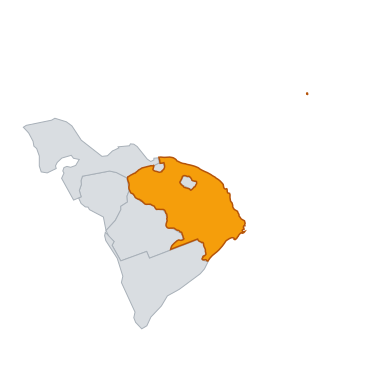 map of South Africa with Lesotho, Zimbabwe, Botswana and 3 others greyed out, rotated 252°
{"feature_id": "ZAF", "entity_name": "South Africa", "entity_type": "country or territory", "adm_level": 0, "iso_a3": "ZAF", "parent_name": "Africa", "parent_adm1": "", "projection": "albers", "projection_center": [25.295, -34.555], "detail": "fine", "context": "with_neighbors", "style": "filled", "palette": "amber", "viewbox_px": 384, "rotation_deg": 252, "n_neighbors": 6, "source": "natural_earth", "source_scale": "50m", "svg_char_len": 7610}
<svg xmlns="http://www.w3.org/2000/svg" viewBox="0 0 384 384"><g transform="rotate(252 192 192)"><path d="M204.5,183.8L209.6,188.8L206.2,195.1L202.4,196.2L201.1,198.7L198.6,199.4L193.7,193.2L201.2,185.3L204.5,183.8Z" fill="#d9dde1" stroke="#a8b0b8" stroke-width="1"/><path d="M225.6,134.4L212.7,132.6L208.1,128.9L202.4,127.5L200.4,119.8L197.2,118.9L188.7,110.3L181.9,98.3L195.6,100.0L206.9,89.0L209.7,88.5L210.8,85.9L215.3,83.0L221.3,82.3L221.7,85.1L228.3,85.3L233.3,89.1L237.0,89.9L240.9,92.7L237.4,120.1L233.9,126.1L225.6,134.4Z" fill="#d9dde1" stroke="#a8b0b8" stroke-width="1"/><path d="M212.7,132.6L202.1,137.9L195.4,143.6L190.7,151.7L186.8,152.3L184.8,158.5L180.2,160.3L174.4,160.0L168.0,156.9L164.5,158.8L162.9,162.6L156.2,168.7L151.2,169.7L149.5,167.0L150.0,162.2L145.4,154.9L143.4,153.9L142.2,131.1L149.5,130.5L148.5,103.0L166.0,99.5L169.0,102.6L173.8,99.5L181.9,98.3L188.7,110.3L197.2,118.9L200.4,119.8L202.4,127.5L208.1,128.9L212.7,132.6Z" fill="#d9dde1" stroke="#a8b0b8" stroke-width="1"/><path d="M142.2,131.1L144.9,182.9L139.0,187.3L135.4,188.1L127.9,186.6L126.5,183.3L123.6,181.4L120.6,185.6L115.0,180.1L111.7,174.6L103.4,149.9L100.8,136.5L93.1,127.7L85.8,114.3L78.7,107.7L77.4,101.9L85.4,98.1L90.4,97.8L95.4,100.7L127.7,96.9L133.3,100.2L152.0,100.4L172.4,95.0L177.4,95.4L180.5,97.1L169.0,102.6L166.0,99.5L148.5,103.0L149.5,130.5L142.2,131.1Z" fill="#d9dde1" stroke="#a8b0b8" stroke-width="1"/><path d="M257.7,54.8L263.9,54.8L273.4,57.9L281.3,57.7L284.5,55.8L289.4,56.5L298.6,54.9L305.7,51.6L306.6,55.0L303.7,80.6L304.5,84.4L297.6,94.2L292.0,98.2L275.5,102.7L253.7,117.4L252.6,122.8L255.6,129.0L256.5,136.0L257.8,135.7L255.3,146.8L256.8,148.3L255.5,151.4L252.2,153.9L237.1,159.6L233.8,162.2L234.2,165.6L235.9,166.2L235.0,170.3L229.7,169.9L228.1,159.9L229.9,151.3L225.6,134.4L233.9,126.1L237.4,120.1L240.9,92.7L237.0,89.9L233.3,89.1L228.3,85.3L221.7,85.1L220.9,76.9L245.3,72.2L249.6,76.1L251.9,75.6L254.8,77.8L255.0,80.9L253.0,84.2L253.2,89.6L257.8,94.8L260.7,89.7L264.2,88.5L264.5,78.7L261.8,73.0L259.1,70.3L256.3,70.1L254.9,60.2L257.7,54.8Z" fill="#d9dde1" stroke="#a8b0b8" stroke-width="1"/><path d="M229.7,169.9L228.0,173.3L223.9,173.9L220.0,169.4L220.1,166.7L222.9,161.6L225.0,161.1L228.5,162.8L229.7,169.9Z" fill="#d9dde1" stroke="#a8b0b8" stroke-width="1"/><path d="M212.1,133.3L214.3,133.0L216.1,133.4L218.2,134.4L220.1,134.7L222.0,134.6L223.5,134.6L224.7,134.8L225.6,135.2L226.2,135.6L226.2,136.1L226.3,136.2L226.5,137.3L227.0,139.0L227.2,140.5L227.6,142.6L227.5,143.7L227.6,144.2L228.0,144.7L228.4,145.7L228.6,146.3L228.7,146.7L229.2,147.5L229.6,148.7L229.8,150.2L230.1,151.0L230.2,151.3L230.3,152.0L230.2,153.4L230.1,155.0L230.0,156.8L229.9,158.3L229.8,159.0L229.7,161.2L229.1,162.3L229.1,163.2L229.2,163.7L229.0,163.8L228.7,163.9L227.1,162.9L225.6,161.8L225.3,161.8L225.0,161.9L224.0,162.5L223.1,163.5L222.7,164.4L222.0,165.4L220.9,166.8L220.8,167.2L220.7,168.4L220.7,169.6L220.8,169.8L221.3,169.8L221.7,170.8L222.5,172.4L223.9,173.5L225.2,174.0L227.1,174.3L228.6,174.3L228.6,173.3L228.9,171.6L229.1,170.5L229.3,170.5L229.7,170.6L229.9,170.7L230.5,170.7L231.6,171.0L232.5,171.1L233.3,171.1L234.6,171.1L235.3,171.2L234.9,173.0L233.7,175.8L233.3,177.0L232.1,181.6L230.9,183.9L230.2,184.9L228.3,186.5L227.8,186.8L227.3,187.0L226.5,187.1L223.3,190.4L222.1,192.0L220.9,194.4L219.9,195.7L218.3,198.5L216.9,200.7L215.6,202.6L213.3,205.3L212.3,206.1L211.7,206.4L209.9,208.0L207.5,210.5L205.6,212.7L202.8,215.3L201.3,216.4L198.9,218.6L198.2,218.9L195.6,221.0L193.7,222.2L190.7,223.6L189.5,224.0L186.6,223.6L185.4,223.8L184.4,224.7L184.4,226.0L183.9,226.2L183.3,226.1L181.3,225.6L180.2,225.7L179.6,226.4L179.1,227.3L177.6,227.3L175.0,226.4L171.8,225.9L171.1,225.9L169.6,226.6L169.1,226.7L166.8,226.6L165.6,226.2L164.4,226.2L163.5,226.6L162.5,226.7L159.6,229.3L158.1,229.3L156.8,229.6L156.1,229.7L154.9,229.4L154.5,229.4L153.8,229.6L153.1,230.0L151.5,230.3L150.9,230.7L148.4,233.0L147.8,233.0L147.3,232.9L145.9,232.9L144.3,231.8L143.7,231.9L143.8,231.6L143.9,230.9L143.5,230.5L143.3,230.3L142.7,230.4L142.3,229.9L141.4,229.9L141.0,230.1L140.6,230.1L140.5,229.6L140.5,229.2L140.5,228.7L140.3,228.1L139.9,227.9L139.7,227.8L139.0,227.9L138.5,228.0L138.3,228.2L138.1,228.7L138.2,230.1L137.9,229.7L137.4,228.9L137.2,228.0L137.3,226.9L138.0,226.5L137.9,225.8L137.7,225.1L136.8,223.6L136.4,222.9L135.7,222.4L135.1,221.3L134.5,220.9L134.2,220.0L133.7,219.4L133.4,218.4L133.7,217.7L134.1,217.4L134.6,217.9L135.2,217.6L135.9,216.8L136.3,215.6L136.2,213.7L136.0,212.6L135.2,209.6L134.8,208.9L133.2,206.9L131.2,204.1L128.6,199.7L127.4,197.1L125.3,191.7L123.6,188.7L121.6,186.0L121.4,185.8L121.6,185.4L122.5,184.7L122.9,184.5L123.1,184.5L123.4,184.3L123.5,183.9L123.5,183.4L123.6,182.8L123.8,182.4L124.0,181.7L124.3,181.2L125.2,180.8L125.8,181.2L126.1,181.6L126.3,182.1L126.6,182.3L127.0,182.3L127.4,182.6L127.6,183.2L127.6,183.7L127.4,184.0L127.5,184.4L127.8,184.8L128.0,185.3L128.3,185.9L129.4,186.2L130.0,186.3L131.0,186.3L131.9,186.5L132.8,186.9L134.3,186.9L136.2,186.6L137.9,186.6L139.2,187.0L140.1,187.0L140.7,186.7L140.9,186.2L140.8,185.7L141.1,185.3L141.7,185.1L142.2,184.7L142.5,184.0L143.4,183.3L144.8,182.8L145.5,182.8L145.5,181.7L145.3,178.2L145.1,174.7L144.9,171.2L144.7,167.7L144.6,164.2L144.4,160.7L144.2,157.2L144.0,153.9L144.4,154.1L146.7,155.8L147.4,156.7L147.7,157.2L148.8,159.3L149.6,161.2L150.2,162.6L150.3,163.2L150.4,163.9L150.5,164.2L150.5,164.5L150.1,165.3L149.7,165.9L149.3,166.8L149.3,167.9L149.5,169.1L149.8,169.7L150.2,169.9L151.1,169.6L151.7,169.6L152.5,169.8L155.2,169.6L155.5,169.7L156.5,169.7L156.9,169.6L157.2,169.3L157.5,168.5L157.8,168.3L158.4,168.1L159.0,167.9L159.6,167.4L160.4,165.9L162.2,164.5L162.7,164.2L163.1,163.8L163.4,163.3L163.9,161.6L164.4,160.2L164.5,159.6L164.9,158.5L165.4,157.8L165.9,157.4L166.2,157.3L166.8,157.1L167.7,156.9L168.5,157.1L169.5,157.5L170.6,158.2L171.7,159.0L172.2,159.5L172.7,159.6L173.7,159.7L174.3,159.7L175.3,160.5L175.8,160.6L176.9,160.8L178.3,161.1L179.1,161.1L180.0,160.6L180.7,160.6L181.6,160.6L182.5,160.5L183.2,160.3L183.7,159.9L184.2,159.4L184.7,158.1L185.0,157.0L185.5,155.8L186.1,154.2L186.3,153.0L186.6,152.7L187.4,152.4L188.1,152.1L190.1,151.7L190.5,151.4L190.8,150.9L191.7,150.0L192.7,149.2L193.2,148.8L194.3,145.1L194.4,144.6L195.1,143.6L195.6,143.2L195.9,143.2L196.3,143.0L196.8,142.5L197.5,142.2L198.2,142.1L198.7,141.7L198.9,141.2L199.3,140.9L199.8,140.9L200.1,140.8L200.2,140.4L200.5,140.1L201.1,139.8L201.4,139.5L201.4,139.2L202.1,138.3L203.5,136.9L204.8,136.2L206.0,136.1L207.1,135.8L208.2,135.4L209.0,134.8L209.5,133.9L210.4,133.4L212.1,133.3ZM205.4,195.3L206.5,194.9L207.1,194.6L207.4,194.3L207.9,194.0L208.1,193.0L208.3,192.2L208.6,191.9L209.0,191.6L209.3,191.2L209.8,190.3L210.1,189.3L210.1,188.9L210.0,188.5L209.8,188.0L209.5,187.5L209.3,187.4L208.7,187.0L207.9,186.3L207.2,185.7L206.6,184.9L206.3,184.7L205.7,184.1L205.4,183.8L205.2,183.4L204.8,183.4L204.0,183.5L202.3,184.1L201.3,184.7L200.4,185.4L199.5,185.7L198.9,185.9L198.3,186.8L197.8,187.5L197.4,188.2L197.1,188.6L196.9,188.8L196.7,189.2L196.2,190.0L195.7,190.5L195.2,190.7L194.4,191.1L194.1,191.3L194.1,191.6L194.3,192.3L194.6,193.0L195.0,193.8L195.3,194.4L195.8,195.1L196.1,195.5L196.0,196.2L196.1,196.5L196.3,196.8L196.5,197.0L196.9,197.2L197.0,197.3L197.3,197.6L197.6,198.0L198.1,198.6L198.7,199.1L199.7,199.3L200.4,199.5L200.7,199.4L201.0,199.0L201.2,198.6L201.3,198.0L201.6,197.7L202.5,196.2L203.1,195.6L203.4,195.6L203.8,195.5L204.3,195.5L204.7,195.5L204.8,195.5L205.4,195.3ZM250.5,332.3L250.3,332.4L249.2,332.2L249.1,331.9L249.5,331.4L250.3,331.5L250.7,331.9L250.7,332.0L250.5,332.3Z" fill="#f59e0b" stroke="#b45309" stroke-width="1.5"/></g></svg>